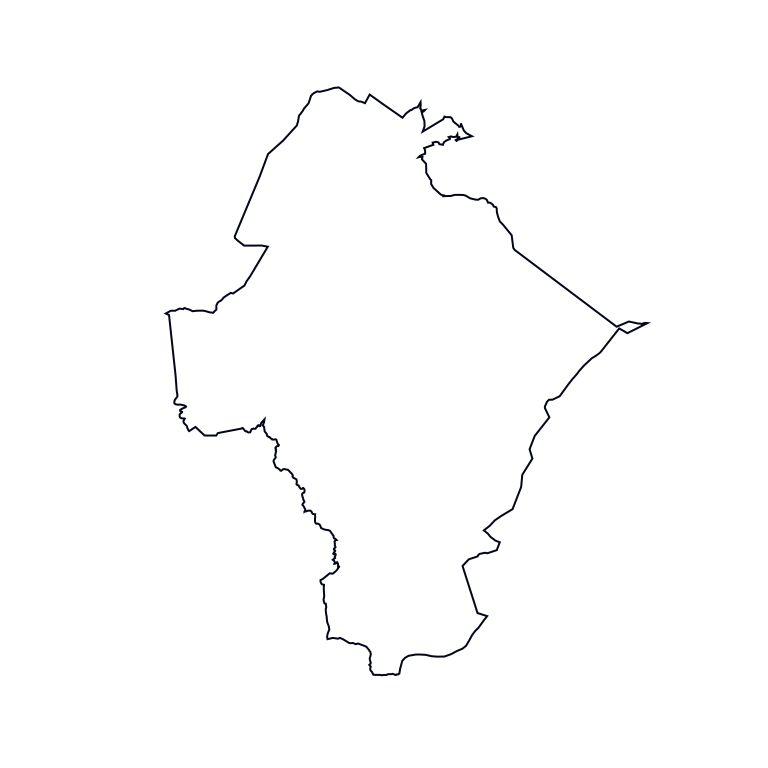 the district of Ixtapan del Oro, México, Mexico, rotated 199°
{"feature_id": "50627088B38123449736232", "entity_name": "Ixtapan del Oro", "entity_type": "district", "adm_level": 2, "iso_a3": "MEX", "parent_name": "Mexico", "parent_adm1": "México", "projection": "mercator", "projection_center": [-100.269, 19.262], "detail": "fine", "context": "isolated", "style": "outline", "palette": "ink", "viewbox_px": 768, "rotation_deg": 199, "n_neighbors": 0, "source": "geoboundaries", "source_scale": "gbopen_adm2", "svg_char_len": 6154}
<svg xmlns="http://www.w3.org/2000/svg" viewBox="0 0 768 768"><g transform="rotate(199 384 384)"><path d="M275.2,115.2L276.0,119.7L276.6,128.0L275.0,131.9L272.3,135.0L265.8,138.6L261.3,140.1L256.3,141.5L250.4,142.1L244.7,143.6L238.1,146.0L232.5,150.5L228.0,155.4L223.8,159.1L221.2,163.1L220.0,169.0L218.9,175.4L217.4,180.1L215.4,184.0L212.8,192.6L210.9,198.1L221.0,197.9L250.5,237.5L246.7,245.9L239.3,251.5L239.4,252.3L238.4,254.4L233.4,257.4L231.2,257.6L223.3,263.6L223.0,272.0L227.6,272.2L233.7,274.2L236.8,276.2L241.9,278.1L237.9,284.3L234.8,291.2L230.2,297.4L221.7,307.5L220.8,331.3L223.7,343.2L219.4,361.8L225.1,369.7L224.6,383.9L216.8,406.3L223.9,413.5L224.4,414.6L224.5,415.7L224.1,420.2L222.9,422.8L219.5,424.1L213.9,429.7L209.6,443.7L207.3,450.3L204.8,456.3L203.7,459.9L200.9,466.6L195.9,476.0L193.2,479.2L190.6,482.9L189.6,484.7L179.7,513.1L170.4,511.3L154.7,527.4L156.7,526.9L158.3,526.1L159.6,524.6L161.1,524.6L163.6,523.9L172.8,522.8L182.7,513.9L304.1,553.3L306.1,554.8L311.7,566.2L323.2,573.3L327.4,575.4L330.6,579.3L333.1,583.0L334.7,586.9L335.7,587.7L338.1,587.5L338.9,588.6L340.8,589.5L342.3,589.9L343.8,589.7L344.6,589.3L346.9,591.7L348.8,592.2L350.7,592.1L353.1,591.0L354.9,588.9L357.6,588.1L363.0,587.6L368.0,588.7L370.9,588.5L378.5,585.9L381.0,584.3L381.5,583.8L388.8,581.0L388.7,581.8L390.0,581.6L392.0,581.6L401.0,585.5L404.6,588.5L405.7,592.1L406.9,592.6L412.7,597.3L415.9,605.9L421.3,608.8L421.5,611.1L423.4,610.8L425.1,609.7L424.4,611.2L423.6,612.1L420.1,615.2L421.3,618.5L422.9,620.1L415.9,625.7L415.2,626.1L416.6,628.1L413.3,630.1L411.0,630.1L409.7,628.8L406.2,629.4L406.3,629.7L405.9,632.4L404.4,634.4L401.5,637.1L401.8,638.1L403.1,638.6L401.3,639.9L399.2,640.0L396.6,641.1L396.2,641.8L395.9,643.8L394.9,641.5L393.1,641.9L392.6,640.5L393.9,639.9L395.6,638.0L393.9,637.1L394.7,638.3L381.5,646.9L387.8,647.9L391.1,649.7L396.2,655.5L395.4,653.0L395.6,652.2L396.6,651.6L397.9,652.5L403.8,654.7L406.4,657.4L408.2,657.9L412.1,656.6L413.9,656.5L414.2,653.6L429.6,635.2L429.5,640.7L431.4,645.8L434.8,650.1L437.1,653.6L435.4,654.4L434.4,656.5L437.7,654.5L438.4,655.8L439.5,656.3L439.9,659.2L441.2,662.4L442.3,656.7L445.2,654.8L447.4,651.8L448.2,651.6L451.2,647.0L453.2,641.8L476.4,648.4L491.8,653.0L493.4,643.3L497.0,643.6L500.5,642.9L504.2,643.7L510.4,646.2L523.2,649.7L527.6,647.7L533.4,643.4L539.8,639.4L542.4,638.9L543.8,637.5L545.6,635.4L546.8,632.8L546.7,624.9L549.4,618.1L549.7,616.0L551.0,611.8L551.6,610.6L551.6,609.2L550.7,603.9L550.7,601.3L550.5,600.2L558.7,581.2L568.5,563.7L569.1,539.6L573.2,475.0L572.2,473.3L568.6,471.8L561.3,469.3L544.7,475.1L538.6,476.0L545.5,442.9L547.4,436.3L548.0,431.7L556.2,420.4L558.5,420.3L561.2,417.0L563.7,413.6L565.0,410.2L566.5,408.6L567.7,406.7L568.1,403.6L566.7,399.8L567.9,397.7L568.6,395.7L573.0,394.9L575.4,394.9L579.2,394.4L584.9,392.3L588.7,390.5L592.3,391.0L595.0,390.8L597.5,390.9L598.3,389.4L601.9,388.7L605.3,385.3L609.4,383.9L613.3,379.6L609.7,379.2L583.8,324.1L577.9,310.3L575.8,306.4L575.3,304.8L576.5,301.2L576.6,299.9L576.2,297.9L575.5,297.3L574.5,297.0L572.2,297.3L570.9,297.9L568.4,298.5L565.5,298.7L564.3,298.5L563.8,298.1L564.1,297.3L566.2,295.6L568.3,293.2L568.2,292.5L567.7,292.0L565.9,292.0L565.7,291.4L567.1,289.4L567.3,288.7L567.2,288.2L566.7,286.9L565.8,285.9L564.7,285.7L563.1,285.9L561.5,286.5L561.1,286.4L561.5,284.0L561.5,283.4L560.6,282.1L559.5,281.4L556.8,280.2L555.8,278.6L553.6,276.3L552.9,276.0L548.3,282.0L536.9,276.9L525.9,280.6L525.1,283.5L504.0,295.6L503.8,296.2L503.0,296.3L501.7,295.4L501.2,295.2L500.2,294.4L499.3,294.2L498.5,294.6L497.3,294.1L496.5,294.1L494.8,294.7L494.6,297.2L494.3,298.4L493.0,299.3L491.5,299.5L490.8,300.1L490.8,300.8L490.0,302.1L490.1,302.9L489.6,303.2L489.6,303.9L489.0,304.3L487.9,303.6L487.3,303.9L487.4,307.3L485.5,311.7L485.0,308.6L485.1,305.3L483.5,304.5L481.4,300.3L478.7,298.7L477.7,297.0L475.9,296.4L474.9,296.6L473.4,295.7L472.1,295.5L471.6,295.1L469.5,295.8L468.4,296.5L467.6,296.2L465.3,293.1L464.4,292.4L463.7,292.3L463.5,291.9L463.7,290.9L465.3,290.1L465.9,288.1L464.8,287.2L464.9,286.2L464.2,285.7L463.7,281.1L462.6,279.7L462.5,279.0L463.4,276.5L463.3,274.9L459.1,270.0L458.2,270.0L456.6,269.7L454.8,269.1L453.7,268.4L452.9,268.5L451.7,270.6L450.5,271.1L446.8,271.6L441.5,268.9L440.5,268.0L440.5,266.9L439.5,265.9L436.0,265.4L435.2,264.6L434.3,262.3L434.2,260.8L433.4,260.3L431.8,260.3L430.0,258.6L428.7,257.8L428.2,257.9L427.2,258.4L427.0,259.0L426.5,259.4L424.9,258.4L424.3,257.1L424.1,256.0L424.1,255.4L425.4,254.3L425.5,253.3L425.2,252.1L422.1,247.8L421.5,247.5L421.1,247.1L420.9,246.2L421.7,244.8L421.9,243.7L421.8,243.2L420.5,242.5L417.5,239.7L417.4,238.2L417.7,237.7L417.6,237.3L417.2,237.8L416.0,238.3L414.9,239.3L412.5,240.3L411.2,239.9L410.0,238.6L408.8,237.9L406.7,238.4L406.6,237.7L405.7,236.0L405.6,234.7L404.3,231.2L403.8,230.5L402.6,229.9L401.2,230.4L399.2,230.2L397.9,229.0L396.5,227.3L392.9,227.0L388.9,227.7L387.3,227.6L383.4,224.7L382.1,223.9L381.8,222.7L380.8,221.7L380.2,221.9L378.7,221.4L378.0,221.0L379.0,220.4L379.5,218.9L378.5,217.1L377.8,215.0L377.0,214.4L376.7,213.7L377.7,211.9L377.4,211.1L376.4,210.8L375.8,210.2L376.4,208.7L376.7,207.0L376.2,206.6L375.4,206.9L375.0,207.6L374.6,207.6L374.0,206.5L374.3,204.1L373.6,203.5L375.2,201.1L373.3,200.4L372.3,199.2L372.4,197.9L371.2,198.5L370.4,200.2L369.0,199.1L367.9,196.2L367.2,196.8L366.9,196.6L368.2,192.1L370.7,188.0L373.7,187.3L378.5,179.6L380.2,178.0L379.6,176.3L378.6,175.2L377.5,174.4L375.4,174.6L374.2,170.5L371.4,163.8L370.9,160.2L368.9,157.2L368.0,157.1L367.5,157.3L365.9,154.1L365.8,152.2L365.1,150.4L363.4,146.9L362.6,145.7L361.7,143.5L360.0,140.1L357.5,137.2L355.8,134.1L356.0,129.8L355.5,126.3L354.3,124.4L349.6,127.3L344.6,128.2L343.0,129.6L339.5,129.3L332.9,127.8L331.8,127.9L328.8,129.0L326.0,128.8L324.0,130.2L315.3,129.9L311.3,127.5L310.9,126.9L309.6,126.2L308.4,124.0L308.1,119.6L306.8,117.4L305.9,116.4L305.6,115.3L306.5,113.7L305.9,113.2L304.6,112.6L304.3,110.0L303.9,109.4L303.0,108.5L301.7,107.9L299.3,105.6L292.8,107.7L291.2,107.9L289.3,108.9L286.9,109.7L285.9,110.8L282.6,112.1L281.4,112.8L278.1,112.6L277.8,113.3L277.0,113.8L276.2,113.9L275.2,115.2Z" fill="none" stroke="#020617" stroke-width="2"/></g></svg>